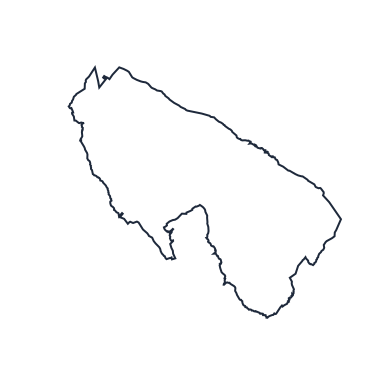 Cuca, Arges, Romania (Equal Earth projection), rotated 295°
{"feature_id": "2599482B86773297924041", "entity_name": "Cuca", "entity_type": "district", "adm_level": 2, "iso_a3": "ROU", "parent_name": "Romania", "parent_adm1": "Arges", "projection": "equal_earth", "projection_center": [24.49, 44.95], "detail": "fine", "context": "isolated", "style": "outline", "palette": "slate", "viewbox_px": 384, "rotation_deg": 295, "n_neighbors": 0, "source": "geoboundaries", "source_scale": "gbopen_adm2", "svg_char_len": 6077}
<svg xmlns="http://www.w3.org/2000/svg" viewBox="0 0 384 384"><g transform="rotate(295 192 192)"><path d="M240.8,320.6L244.3,312.2L246.3,312.0L247.5,311.4L249.7,307.2L249.8,306.4L248.9,305.1L248.8,302.5L249.0,301.7L250.6,299.7L251.3,292.4L251.9,291.6L252.9,285.7L252.5,284.6L251.9,281.3L251.9,278.2L252.5,271.4L252.1,270.2L253.5,263.9L253.6,258.8L255.2,257.7L256.9,255.7L256.9,254.0L258.4,252.3L257.8,250.9L258.5,250.2L258.2,249.5L257.4,249.4L258.0,246.0L259.1,245.3L259.4,244.8L259.2,243.0L260.3,243.3L260.3,242.7L260.0,242.2L258.6,241.7L258.5,241.3L260.8,240.7L260.2,239.5L260.9,238.5L261.4,236.7L261.1,236.0L260.4,235.9L259.9,233.4L259.9,232.5L260.5,231.6L260.3,230.7L261.3,230.5L261.4,230.1L260.3,229.8L260.5,229.3L261.4,229.0L261.5,228.5L260.9,227.9L261.1,226.0L260.7,224.4L260.2,223.7L262.2,224.1L262.4,223.8L261.9,223.4L262.5,221.6L261.9,220.6L261.4,218.4L260.0,215.7L259.9,214.4L260.5,213.4L260.1,212.9L260.1,210.6L260.5,209.5L262.0,208.4L263.4,203.2L264.3,202.2L264.9,200.4L264.9,198.6L265.8,194.0L266.4,193.2L266.2,192.3L266.8,191.4L267.2,189.0L267.1,186.6L268.0,183.0L269.0,180.5L268.0,177.1L268.5,175.8L267.2,167.6L263.8,153.4L263.8,151.9L264.3,150.7L264.3,145.8L264.9,143.7L265.2,138.2L266.3,132.6L267.0,131.2L267.8,127.2L268.8,125.9L269.1,124.3L270.3,122.1L270.2,120.9L269.2,117.4L269.5,115.4L269.4,111.8L269.6,110.8L271.5,106.6L271.8,103.7L271.0,101.0L270.6,98.9L270.3,94.6L270.5,90.4L270.7,89.3L274.2,84.0L274.5,81.9L274.6,77.9L274.2,73.4L264.8,70.4L259.4,69.5L259.9,67.2L259.8,64.8L260.0,63.4L258.2,63.1L257.8,64.2L258.1,66.3L247.5,63.8L252.8,60.1L263.8,51.4L253.1,49.9L249.4,48.5L248.3,48.5L246.9,49.3L245.2,49.0L240.2,51.1L231.9,45.8L231.0,45.8L228.4,44.7L225.5,45.1L223.9,44.8L222.2,45.2L220.3,44.2L218.6,44.6L217.5,44.1L216.5,45.7L216.4,46.4L217.1,47.2L214.8,49.8L213.8,50.7L213.6,50.4L213.7,50.0L213.0,49.8L212.1,50.4L210.5,53.0L207.1,55.2L207.6,56.5L206.7,60.3L206.8,60.7L208.0,62.1L208.3,62.7L208.3,63.8L209.0,65.0L207.7,63.9L206.1,63.5L205.2,64.5L204.4,64.7L203.9,66.0L202.3,66.2L202.5,66.5L202.3,66.6L199.9,66.8L196.2,69.0L194.8,69.0L192.9,68.7L191.5,68.9L191.9,69.7L190.7,70.2L187.5,75.0L186.3,76.4L185.2,77.2L183.0,80.4L181.8,81.4L178.2,82.9L177.0,84.5L176.8,85.8L176.4,86.5L175.0,87.7L173.8,88.0L173.0,89.4L172.2,89.5L171.4,90.3L170.6,90.5L170.0,91.0L169.6,92.1L166.3,94.6L166.3,95.4L165.8,96.3L166.1,97.5L166.0,98.8L165.4,100.0L165.7,100.7L165.4,101.3L165.6,101.9L164.9,103.2L163.7,104.0L163.9,105.9L163.7,106.7L163.0,107.3L161.5,111.1L160.0,113.0L159.9,113.6L159.5,114.2L158.6,114.5L157.5,115.8L156.4,116.2L156.0,116.9L154.7,117.4L153.7,119.4L151.9,120.6L151.5,121.7L150.9,121.9L150.1,122.7L148.9,122.0L148.4,122.1L147.0,122.9L145.6,124.2L145.2,125.0L145.1,126.3L144.5,127.9L144.1,128.4L142.8,128.9L142.8,129.9L141.7,132.2L141.8,133.8L141.6,134.4L139.0,136.2L143.3,137.5L143.0,138.4L138.6,137.3L138.8,138.2L139.0,141.8L136.1,147.3L138.2,148.0L138.9,148.5L139.0,151.7L141.9,154.6L141.8,156.5L137.3,163.4L135.7,168.9L134.6,170.8L134.0,171.4L133.8,175.2L131.3,178.1L130.0,180.7L128.1,185.7L127.0,187.2L125.1,188.7L123.5,190.7L122.8,192.6L122.2,193.5L122.3,194.4L120.8,196.1L120.4,197.3L122.7,199.7L122.9,200.3L124.0,201.1L122.5,202.3L124.8,204.9L128.1,201.0L130.7,199.4L132.5,197.1L135.7,194.2L139.6,195.6L140.1,195.3L139.0,194.0L139.3,193.2L140.7,191.6L142.3,191.2L143.2,190.1L144.1,189.9L146.8,190.6L148.3,190.1L150.3,190.6L150.4,190.2L148.7,189.6L146.7,188.4L145.7,188.6L146.2,187.4L145.6,187.1L146.0,186.2L145.6,185.9L146.3,183.7L147.0,182.5L148.1,181.5L149.5,182.6L151.1,183.4L152.5,182.5L155.7,184.0L158.4,186.4L159.8,188.4L162.2,190.0L168.1,192.0L169.8,196.1L171.0,195.7L174.0,198.4L175.9,199.8L177.0,199.4L180.4,201.4L180.6,202.2L181.4,203.0L182.6,204.1L183.6,204.6L183.3,206.6L182.8,208.7L181.9,210.6L181.2,211.5L179.6,212.6L177.1,215.7L175.0,216.6L171.1,218.8L169.8,219.2L167.3,221.5L163.6,223.5L161.4,224.1L159.5,223.9L158.7,224.5L157.3,224.9L156.8,224.8L156.5,224.4L156.0,225.2L155.8,226.6L154.7,227.7L153.9,227.5L153.6,227.7L153.3,228.6L153.4,229.5L153.0,230.6L151.6,231.9L151.4,233.5L151.8,234.0L151.8,234.6L150.7,236.5L150.0,237.2L149.1,237.4L148.9,237.7L149.0,238.2L148.3,238.3L147.8,238.8L147.4,238.6L146.8,238.9L146.2,238.2L145.3,237.8L146.0,239.1L146.0,239.9L144.6,242.0L144.9,242.5L143.4,244.0L142.9,244.9L143.1,245.9L142.9,246.5L140.6,248.4L139.6,248.5L139.5,248.0L138.6,247.6L138.2,248.2L137.3,248.0L135.0,249.7L131.8,252.7L131.2,254.3L130.6,256.7L129.8,257.7L127.4,258.0L127.5,258.7L125.6,259.0L124.1,260.0L122.3,259.7L121.4,259.9L121.5,260.2L124.3,261.3L125.0,262.3L125.0,263.3L125.6,264.4L125.0,265.5L124.5,269.8L124.1,271.0L123.3,271.9L120.6,272.9L119.0,275.1L117.8,276.2L115.0,280.2L114.6,281.3L115.0,282.1L114.4,283.0L114.3,283.7L112.9,284.5L111.4,286.1L111.1,287.0L111.1,288.4L110.2,289.0L110.6,290.4L109.9,291.5L109.9,292.6L109.4,293.4L110.1,294.3L110.3,295.1L110.2,295.7L109.8,296.2L110.3,297.1L110.1,298.9L110.8,299.7L110.6,300.1L110.9,300.5L110.7,300.9L111.1,302.2L110.9,303.0L111.1,304.1L110.5,305.1L110.9,305.5L110.8,305.9L111.2,306.3L111.6,307.6L111.3,308.2L110.7,308.1L110.4,308.4L111.5,310.7L110.6,311.3L110.4,312.3L109.6,312.6L109.9,313.5L111.4,314.0L112.8,315.1L114.4,316.7L115.0,317.6L116.7,317.9L116.5,318.9L117.2,319.7L124.8,320.8L127.1,321.5L126.5,322.5L128.4,323.5L130.9,325.4L132.1,325.3L133.5,326.2L133.8,325.9L133.9,325.2L135.4,325.8L135.8,325.1L136.6,324.6L136.8,324.7L136.9,325.5L137.6,325.3L138.0,326.2L140.1,326.8L140.1,326.2L140.7,326.5L141.5,326.1L141.2,326.7L141.5,327.0L142.9,326.6L143.5,326.8L144.1,326.1L144.8,326.2L145.7,325.6L146.9,325.5L150.0,321.9L151.3,321.0L153.0,320.4L155.6,316.9L161.7,320.4L169.9,319.4L176.0,321.1L177.0,321.1L177.9,321.7L180.9,322.4L179.9,323.5L178.9,326.2L177.8,326.8L176.7,328.7L176.6,329.7L176.9,329.8L177.0,330.5L176.9,332.6L178.6,333.2L179.5,332.9L180.5,333.7L182.2,333.7L183.1,333.3L183.9,333.7L185.3,333.4L186.2,333.9L187.3,333.5L189.8,333.4L192.0,334.3L193.3,334.3L195.2,335.4L197.3,335.4L199.7,333.8L203.1,334.3L204.4,334.8L209.3,338.4L212.1,339.9L215.7,338.5L218.4,338.8L230.3,338.5L240.8,320.6Z" fill="none" stroke="#1e293b" stroke-width="2"/></g></svg>